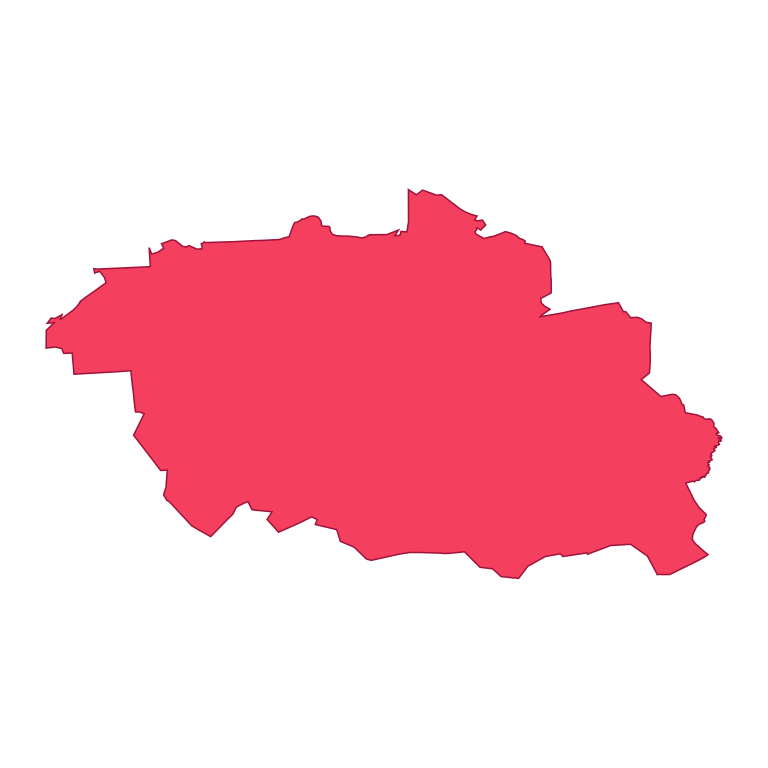 outline of Dāviņu pag., Bauska, Latvia
{"feature_id": "27541924B37051208002630", "entity_name": "Dāviņu pag.", "entity_type": "district", "adm_level": 2, "iso_a3": "LVA", "parent_name": "Latvia", "parent_adm1": "Bauska", "projection": "natural_earth1", "projection_center": [24.381, 56.504], "detail": "fine", "context": "isolated", "style": "filled", "palette": "rose", "viewbox_px": 768, "rotation_deg": 0, "n_neighbors": 0, "source": "geoboundaries", "source_scale": "gbopen_adm2", "svg_char_len": 6043}
<svg xmlns="http://www.w3.org/2000/svg" viewBox="0 0 768 768"><path d="M542.3,246.9L524.5,243.2L525.3,241.2L522.5,239.3L520.2,238.7L519.1,238.0L516.9,236.1L515.6,235.2L510.9,233.1L505.4,231.6L501.9,233.1L494.2,236.1L489.5,237.0L483.9,238.5L475.8,233.9L475.0,231.6L476.6,229.8L476.6,228.0L476.8,227.9L480.8,230.0L485.7,225.0L482.5,220.1L477.3,220.8L474.9,220.2L474.8,219.9L477.0,216.0L471.3,214.4L466.5,212.5L464.5,211.5L460.7,209.3L457.8,207.2L443.4,196.1L441.3,194.6L436.6,195.2L422.6,190.1L416.4,194.8L408.4,189.6L408.5,221.9L406.9,231.9L401.0,231.4L400.1,235.1L394.8,235.8L398.5,230.0L386.8,234.6L370.1,234.7L370.1,235.1L368.8,235.1L366.9,236.0L365.6,237.3L364.5,237.1L362.4,237.9L360.8,237.8L358.1,237.1L356.9,237.0L355.5,236.8L354.5,236.8L352.5,236.5L347.7,236.1L341.9,236.1L340.6,235.9L336.8,235.7L335.5,235.4L332.9,234.5L332.0,233.8L330.1,230.6L330.0,229.9L330.0,227.5L329.0,226.4L328.1,226.3L325.7,226.4L324.2,226.1L323.0,226.2L322.3,226.0L321.5,225.1L321.3,222.8L321.0,221.1L320.5,220.3L318.8,217.9L318.3,217.3L317.7,216.9L316.4,216.4L314.2,216.0L311.7,216.0L309.3,216.5L304.2,218.9L303.4,219.0L302.1,218.9L302.0,219.2L297.8,221.9L294.9,222.5L294.3,223.0L292.4,227.6L289.1,236.7L284.9,237.6L280.9,239.1L278.4,239.6L261.8,240.4L254.6,240.6L233.3,241.7L204.6,242.6L204.5,241.9L201.2,243.9L202.2,246.7L202.0,248.7L197.2,249.2L188.9,245.6L186.4,246.9L182.8,246.4L175.5,240.6L171.7,239.9L161.5,243.8L163.7,248.2L157.8,252.2L151.7,254.1L149.1,247.6L150.3,266.4L150.0,266.7L97.0,269.1L93.8,268.7L94.7,273.1L96.6,272.3L99.9,271.4L104.5,277.6L106.1,282.9L104.5,283.8L97.0,289.3L88.0,295.6L80.4,301.2L80.7,301.4L76.8,306.6L73.3,310.0L60.6,319.5L60.3,319.5L60.4,318.2L61.8,315.5L62.0,315.0L62.1,314.6L55.0,318.5L51.2,318.0L47.2,323.3L54.3,322.7L46.3,330.3L46.1,348.1L55.4,347.0L61.8,348.6L62.2,349.7L63.7,353.4L72.2,353.1L74.0,374.2L118.1,371.7L130.8,370.7L132.5,386.4L132.9,388.8L134.2,401.2L135.5,412.0L139.7,412.0L144.2,413.8L133.6,435.2L144.5,449.3L150.1,456.7L150.4,456.9L160.5,470.3L160.7,470.5L161.0,470.5L167.3,470.1L166.1,485.4L166.2,486.5L163.6,494.9L163.7,495.2L166.3,499.2L166.7,500.3L169.2,501.6L191.3,525.3L191.3,525.5L200.1,530.8L201.0,531.2L210.6,536.6L211.5,535.8L227.0,519.9L232.9,514.1L236.2,507.4L238.9,505.7L245.2,502.7L247.8,501.6L248.0,501.7L251.1,507.9L252.1,509.8L272.0,511.8L267.1,519.5L267.9,520.3L278.6,532.2L300.1,522.6L309.8,517.8L311.8,517.0L317.2,519.6L315.3,524.5L336.7,529.6L338.7,535.8L340.3,541.4L341.0,541.6L353.8,547.0L354.5,547.5L365.7,558.3L366.6,559.1L367.1,559.3L370.5,560.1L371.1,560.4L398.5,554.3L409.7,552.5L419.0,552.5L440.3,553.1L443.3,553.5L448.6,553.4L451.0,553.2L464.5,551.8L480.0,567.3L492.5,568.8L496.5,572.3L500.9,576.5L513.7,578.0L514.1,577.8L515.2,577.8L517.6,578.4L518.5,578.3L519.0,577.9L527.8,566.3L545.3,556.5L559.8,553.9L560.5,554.0L563.1,556.6L563.4,556.4L587.1,552.9L587.4,554.1L587.6,554.3L592.7,552.2L598.2,550.3L598.4,549.9L601.1,549.2L610.3,545.6L610.9,545.5L630.3,544.3L630.9,544.5L646.5,555.4L647.6,556.4L657.0,574.0L657.1,574.6L660.4,574.4L661.3,574.6L669.8,574.5L698.6,560.3L705.6,556.4L708.0,554.6L703.3,550.8L695.0,543.3L692.4,539.5L692.6,535.9L693.2,533.7L694.0,531.8L696.4,527.1L697.4,525.8L698.6,524.8L699.8,524.0L702.6,522.9L703.8,522.3L704.5,521.7L704.8,521.0L704.7,520.6L704.2,520.1L704.0,519.5L705.1,517.7L706.2,515.2L706.1,514.4L705.6,513.8L703.1,511.5L698.6,507.0L697.7,505.3L697.0,504.5L696.7,503.7L695.8,502.8L693.8,499.6L693.2,498.3L685.8,483.1L686.5,482.8L692.6,481.2L694.4,481.9L694.8,481.3L695.8,480.6L697.0,480.2L698.2,480.4L699.0,480.3L699.5,479.9L699.7,479.1L700.1,478.9L699.9,478.0L700.4,477.7L701.0,477.7L701.6,478.0L702.0,477.8L702.3,477.6L702.4,477.4L702.2,476.9L702.9,476.6L703.7,476.4L703.7,477.0L704.6,477.2L704.9,477.0L705.0,476.9L705.2,476.1L706.0,475.1L706.1,474.3L706.4,473.6L706.8,473.3L707.6,473.3L708.3,473.0L708.5,472.7L708.4,471.5L708.6,470.8L709.0,470.5L709.7,469.6L709.4,468.8L709.9,468.3L709.4,467.1L708.6,466.7L708.0,466.1L708.2,465.9L708.6,465.8L708.7,465.6L709.1,464.7L707.9,464.0L707.8,463.1L708.2,462.5L709.1,462.5L709.6,462.3L709.7,461.7L709.1,461.3L709.0,461.1L710.5,460.5L711.5,460.0L712.1,459.8L711.9,459.0L711.3,458.3L710.7,457.4L710.3,457.1L710.3,456.8L710.5,456.5L711.2,456.5L711.4,456.3L711.3,455.9L711.8,455.3L711.7,455.0L710.9,454.5L710.8,454.1L710.9,453.8L711.5,453.3L711.8,452.9L712.7,452.1L713.2,452.0L713.7,451.4L714.8,450.7L715.0,450.4L714.7,449.9L714.2,449.6L713.7,448.8L714.1,448.4L715.2,447.8L716.3,447.5L716.3,447.3L716.1,447.1L715.3,447.0L714.4,446.4L714.5,446.0L715.6,446.0L716.1,445.9L716.9,445.8L718.6,444.7L719.4,444.6L719.5,444.4L719.5,443.9L718.9,443.6L718.7,443.4L718.5,442.7L718.6,441.2L718.9,441.0L719.9,441.3L721.0,441.1L721.2,440.8L720.8,440.1L720.9,439.7L720.3,439.2L719.2,438.8L718.4,438.7L718.2,438.5L718.4,438.1L718.9,438.0L721.4,438.4L721.8,438.0L721.9,437.7L721.7,437.3L720.7,436.6L720.4,435.9L719.9,435.6L718.7,435.6L718.2,435.9L717.9,435.8L717.2,434.8L716.4,434.5L716.3,434.3L716.4,433.9L716.3,433.5L717.1,433.0L718.4,433.1L718.8,432.8L718.4,432.4L717.8,431.2L717.1,430.9L716.9,430.7L716.9,429.8L716.6,429.1L715.9,428.4L715.4,428.1L715.2,427.8L714.9,427.8L713.6,426.4L714.0,424.3L714.0,423.6L713.2,422.0L712.9,421.7L712.3,420.7L711.2,419.4L709.8,418.9L708.8,418.9L708.4,419.2L707.9,419.0L707.4,419.3L706.6,419.1L704.9,419.1L704.4,418.9L703.9,418.5L703.3,417.2L701.9,416.6L700.4,416.3L699.2,415.9L697.8,415.1L685.3,412.7L683.7,405.0L682.2,404.4L679.5,398.3L675.8,394.8L672.9,394.3L671.1,394.5L660.9,396.5L641.2,379.5L645.8,376.0L649.5,372.9L650.1,364.2L650.3,355.3L649.9,346.6L650.9,330.4L651.2,323.1L646.4,322.3L646.0,322.2L641.6,318.8L637.3,317.3L634.5,317.5L630.6,317.6L625.6,311.5L623.5,311.8L618.4,302.6L612.7,303.7L612.3,303.6L604.6,304.7L588.3,307.8L571.4,310.9L561.9,313.0L540.3,316.7L542.4,314.6L550.1,309.3L549.4,308.8L544.7,306.2L541.4,303.1L540.7,298.3L544.7,296.5L545.7,295.8L551.1,293.0L551.2,292.7L551.2,278.8L550.9,278.6L550.7,273.2L550.6,263.1L550.5,262.2L550.1,260.6L549.2,258.9L542.7,248.0L542.3,247.1L542.3,246.9Z" fill="#f43f5e" stroke="#9f1239" stroke-width="1.5"/></svg>